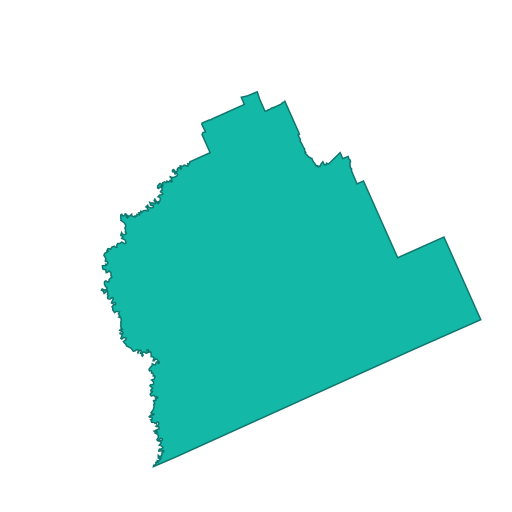 Mildura, Victoria, Australia (Robinson projection), rotated 246°
{"feature_id": "25037944B71441363107667", "entity_name": "Mildura", "entity_type": "district", "adm_level": 2, "iso_a3": "AUS", "parent_name": "Australia", "parent_adm1": "Victoria", "projection": "robinson", "projection_center": [141.957, -34.865], "detail": "fine", "context": "isolated", "style": "filled", "palette": "teal", "viewbox_px": 512, "rotation_deg": 246, "n_neighbors": 0, "source": "geoboundaries", "source_scale": "gbopen_adm2", "svg_char_len": 6084}
<svg xmlns="http://www.w3.org/2000/svg" viewBox="0 0 512 512"><g transform="rotate(246 256 256)"><path d="M361.0,200.7L359.0,200.0L361.4,197.7L360.1,194.7L358.3,193.8L357.4,194.3L357.8,196.9L359.1,198.7L357.8,199.3L356.7,197.5L354.2,197.3L354.1,195.7L353.5,194.8L351.1,196.2L350.4,196.0L350.2,194.7L350.9,193.0L350.0,190.6L349.1,191.7L347.4,192.1L345.2,190.5L345.4,188.7L344.3,189.2L343.6,188.3L344.1,187.5L349.1,186.7L348.0,185.4L345.8,186.1L344.9,185.3L346.5,183.2L346.9,182.0L348.2,180.8L345.3,180.4L344.4,181.3L344.0,182.9L342.3,181.9L342.3,180.4L343.1,179.0L344.8,177.5L346.4,177.7L345.6,175.4L344.4,176.4L343.1,175.9L341.7,176.5L341.2,176.0L341.3,174.9L342.5,173.9L343.2,171.5L342.5,170.1L343.7,169.0L342.3,168.3L343.0,167.4L343.1,166.4L341.4,166.7L341.0,166.4L342.5,164.2L341.1,163.4L341.1,162.7L341.8,161.9L341.0,161.7L340.8,161.1L343.0,158.9L344.7,159.4L343.7,155.9L345.3,155.2L345.5,154.7L344.9,154.2L343.4,154.7L343.0,154.1L344.3,153.3L346.6,154.5L347.5,154.2L347.7,153.7L346.8,152.7L346.5,151.0L347.2,150.3L348.7,150.4L348.5,149.1L345.7,147.8L344.6,147.9L343.7,147.0L340.2,149.1L337.4,149.5L335.9,149.0L335.0,147.6L332.5,147.4L331.2,146.3L329.5,146.9L328.8,145.5L329.5,143.7L330.2,142.8L332.0,142.7L329.9,140.8L327.7,142.3L326.7,140.5L324.2,142.8L321.3,142.9L320.7,142.1L320.7,141.0L323.4,138.9L322.8,136.8L323.7,134.8L322.6,133.2L320.7,132.6L321.1,131.2L322.6,130.5L322.7,127.8L321.2,126.0L322.7,124.5L322.8,123.5L321.5,122.0L321.0,122.9L320.3,122.8L320.0,119.0L318.5,117.3L315.0,117.8L312.5,116.2L312.1,116.4L311.6,117.9L309.5,117.7L309.0,116.4L309.6,115.4L308.3,115.3L309.6,111.7L306.6,110.8L305.7,111.3L304.7,113.1L301.7,112.4L301.4,113.4L302.0,115.6L301.6,116.1L299.2,116.6L297.1,115.5L295.4,115.8L294.5,112.5L292.4,111.1L292.6,109.9L294.4,108.7L294.2,107.2L291.9,106.1L289.7,106.1L287.6,106.9L286.3,106.2L286.2,104.7L287.1,103.1L288.5,102.1L287.8,100.9L285.8,102.2L283.6,102.0L284.0,104.2L285.5,105.3L285.1,106.0L283.5,106.0L281.1,104.6L280.1,105.2L278.7,103.5L277.5,103.4L276.7,103.9L276.2,104.9L276.1,106.1L276.6,107.6L276.3,108.2L274.9,108.2L272.0,104.8L271.1,105.4L270.9,108.0L270.1,108.6L268.7,107.9L269.4,106.1L268.2,103.8L266.6,104.0L264.9,103.1L261.7,103.9L262.4,105.8L260.4,108.5L258.9,106.7L256.4,107.2L256.0,105.8L254.4,107.5L251.7,106.5L250.0,105.2L248.5,105.0L247.6,104.0L245.8,103.9L245.1,103.2L243.4,104.3L243.1,103.7L243.8,101.7L243.6,101.2L241.0,103.2L240.0,103.3L239.4,102.9L239.3,102.1L240.8,101.0L240.9,100.4L240.3,100.2L239.3,101.4L238.2,101.6L235.7,99.0L234.7,99.6L235.5,102.0L233.6,103.9L232.5,103.4L231.8,100.1L229.5,100.6L228.4,101.3L226.5,101.1L222.7,104.3L218.9,105.2L218.5,106.9L218.9,109.0L218.2,110.1L217.0,110.0L216.0,108.8L215.4,108.8L217.0,110.9L217.0,111.9L216.6,112.3L215.5,112.4L214.2,110.8L212.6,112.0L211.3,111.2L210.7,111.4L211.3,112.6L213.3,112.3L213.9,113.5L213.8,114.8L212.3,115.7L211.6,116.6L212.2,117.5L214.3,117.9L214.4,118.7L214.0,119.4L212.7,119.5L211.7,118.5L211.4,120.4L210.7,120.9L206.7,119.3L206.0,120.6L204.6,121.4L202.1,119.4L201.7,120.3L202.6,122.2L202.2,123.4L198.2,124.5L197.5,124.0L197.5,123.3L199.4,122.6L199.6,121.8L197.7,120.0L197.6,119.3L199.6,117.3L198.3,116.7L196.5,112.8L195.6,112.0L194.3,112.0L194.1,113.3L193.5,113.8L191.5,112.9L191.2,113.9L190.3,114.2L188.1,113.3L187.8,114.6L187.0,114.7L185.0,113.0L185.2,110.2L182.4,111.2L180.7,110.3L180.5,109.4L181.2,107.4L180.9,106.5L180.0,106.4L177.4,107.9L176.3,105.4L174.3,105.0L174.7,106.2L174.1,106.4L173.1,103.5L172.5,103.0L170.7,103.4L170.4,105.8L168.1,107.1L167.8,108.2L166.7,108.7L166.4,107.6L166.9,106.3L165.3,106.4L164.8,105.9L165.6,104.2L165.4,103.4L162.6,103.6L162.1,103.2L162.2,102.3L159.7,101.6L157.1,99.3L155.6,96.4L154.3,96.6L153.5,98.4L152.7,98.3L152.6,97.2L153.5,95.4L152.6,93.0L151.8,93.5L151.6,94.9L150.3,95.5L149.2,94.6L149.2,93.1L148.1,93.8L147.3,93.0L146.5,93.1L145.4,95.2L144.3,95.6L144.2,96.5L143.3,96.7L144.3,97.5L144.5,98.3L144.1,99.0L143.1,99.2L141.8,98.5L141.2,97.1L141.2,95.4L140.6,95.7L139.7,97.5L138.5,97.7L137.6,97.2L137.5,94.5L135.9,94.3L137.6,93.6L137.2,92.7L137.5,91.6L136.1,92.0L135.8,93.5L134.9,93.1L134.8,92.2L133.3,93.4L131.9,93.7L129.7,92.9L128.7,90.9L127.5,90.8L126.3,92.2L127.7,92.9L128.1,94.8L127.6,95.7L126.7,96.1L125.6,95.0L126.1,93.8L125.9,93.2L123.7,93.3L122.6,90.7L122.0,91.7L119.8,93.0L118.7,93.0L118.2,91.0L118.9,89.2L117.3,87.8L116.8,88.9L117.0,90.1L115.5,90.9L116.2,92.2L115.5,92.7L114.6,91.9L114.4,90.1L111.8,88.5L112.1,86.2L113.6,85.6L111.2,84.5L110.6,85.2L110.4,86.9L109.5,86.8L109.0,86.0L109.0,84.7L108.2,83.8L109.2,82.6L107.3,82.4L108.2,81.5L108.2,80.5L106.2,79.9L106.4,77.4L105.3,76.6L105.0,100.0L106.6,362.6L106.4,435.4L196.9,435.4L196.8,384.7L280.8,384.7L280.8,377.6L295.0,377.9L296.7,378.8L298.3,378.2L300.8,378.9L302.7,379.6L303.5,380.6L305.3,381.0L306.9,380.3L309.4,380.7L309.7,374.9L316.2,374.9L310.6,359.9L312.1,358.1L310.7,357.2L311.3,356.7L311.5,355.5L314.9,355.4L313.8,353.2L311.9,351.0L312.3,350.5L311.9,349.0L313.2,349.1L314.2,347.2L315.2,347.6L318.9,346.7L322.5,346.7L322.7,346.0L324.0,345.5L324.8,344.5L330.2,342.7L330.5,343.6L332.2,343.2L334.4,344.0L335.8,343.5L340.8,343.5L342.8,342.9L344.5,343.9L349.4,343.6L349.4,345.1L350.9,345.3L385.4,345.3L384.9,344.8L385.4,344.0L385.1,341.8L384.5,341.2L384.5,333.3L384.1,332.7L384.7,332.1L384.8,330.4L384.3,328.4L384.6,325.9L384.1,325.3L384.7,323.1L397.5,323.1L405.5,323.9L405.8,313.0L407.0,307.1L399.2,307.0L399.1,271.4L398.7,270.5L399.3,268.4L399.4,260.8L398.3,260.1L391.9,260.2L391.5,260.7L389.9,260.2L390.4,257.9L388.9,256.1L369.1,256.1L368.9,233.9L367.3,232.7L368.1,231.2L365.9,230.7L366.2,229.6L368.2,227.5L367.7,225.6L369.2,223.4L368.1,222.9L366.8,223.6L366.0,223.4L365.9,222.6L367.7,222.1L368.3,221.2L367.3,219.3L366.0,219.2L365.5,218.0L365.7,217.2L366.7,216.2L368.4,216.0L368.7,215.5L367.8,214.2L367.0,214.0L365.9,215.6L363.8,215.4L363.9,216.1L365.3,216.1L364.8,217.1L362.5,217.4L361.4,216.7L361.2,212.9L362.0,211.1L363.3,209.9L362.7,209.7L361.1,210.6L360.1,209.4L358.6,209.9L357.9,209.2L358.2,208.6L359.9,207.9L359.0,206.1L360.7,205.1L359.5,203.8L360.8,202.8L361.0,200.7Z" fill="#14b8a6" stroke="#0f766e" stroke-width="1.5"/></g></svg>